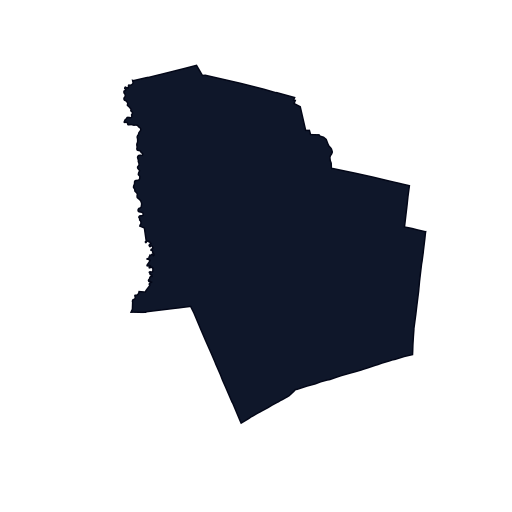 Vartoape, Teleorman, Romania (orthographic projection), rotated 200°
{"feature_id": "2599482B18216830560882", "entity_name": "Vartoape", "entity_type": "district", "adm_level": 2, "iso_a3": "ROU", "parent_name": "Romania", "parent_adm1": "Teleorman", "projection": "orthographic", "projection_center": [25.226, 44.2], "detail": "fine", "context": "isolated", "style": "filled", "palette": "ink", "viewbox_px": 512, "rotation_deg": 200, "n_neighbors": 0, "source": "geoboundaries", "source_scale": "gbopen_adm2", "svg_char_len": 6117}
<svg xmlns="http://www.w3.org/2000/svg" viewBox="0 0 512 512"><g transform="rotate(200 256 256)"><path d="M273.9,418.1L292.5,416.6L293.4,416.2L305.7,415.4L329.3,413.0L365.5,408.5L368.1,407.3L377.1,414.8L388.0,407.3L418.1,387.0L418.8,386.8L420.6,385.7L430.3,379.4L431.4,378.8L432.0,378.8L431.1,377.3L430.7,376.8L430.6,376.5L430.6,376.2L431.0,375.1L431.6,374.1L432.1,373.7L434.1,373.0L434.1,372.6L433.5,371.0L433.5,370.3L433.6,370.0L433.9,369.8L434.4,370.2L434.6,370.1L435.5,369.8L436.3,370.1L436.7,369.8L436.8,369.5L436.7,368.7L436.6,368.4L435.4,368.0L435.2,367.8L435.2,367.0L435.3,366.7L436.1,366.2L436.4,365.8L436.3,365.2L435.8,364.1L434.7,363.5L433.9,362.4L433.6,361.8L433.5,361.5L433.6,360.8L434.0,359.6L434.0,359.1L433.9,358.7L433.4,357.8L432.7,357.4L431.6,357.5L430.9,357.1L429.9,356.7L429.0,355.9L428.6,355.4L428.5,353.8L428.2,353.5L427.3,353.2L425.7,352.5L423.8,351.3L423.4,350.7L423.3,349.7L422.6,349.3L421.7,349.0L421.0,348.4L420.9,348.1L420.9,347.6L421.2,346.0L420.4,345.0L420.4,344.3L420.6,343.6L420.8,343.3L421.3,342.9L422.7,342.8L424.3,342.2L424.5,342.0L424.7,340.8L425.0,340.1L425.4,339.6L425.6,339.0L425.7,337.1L425.7,336.8L425.5,336.6L425.0,336.6L424.2,337.1L423.1,337.3L422.1,336.9L421.8,336.6L421.4,335.7L420.9,335.6L418.0,336.9L415.7,337.1L415.1,337.3L414.2,337.8L412.6,338.2L412.1,338.2L410.1,337.1L408.8,336.8L408.2,336.4L407.9,336.1L407.5,335.4L407.4,335.0L407.5,334.1L408.2,331.8L408.0,329.8L408.4,328.7L408.4,327.4L408.3,327.0L407.2,325.3L406.4,323.2L406.2,322.3L406.3,320.9L406.0,319.6L405.3,318.4L404.9,317.5L404.7,316.2L404.5,315.7L403.9,315.0L403.6,314.9L402.9,314.9L401.3,315.2L400.3,314.9L399.2,313.9L397.8,313.6L397.4,313.3L397.2,312.9L397.2,312.3L397.2,311.9L397.6,311.5L399.3,311.1L400.4,310.5L400.7,310.2L401.1,309.2L401.1,308.6L400.9,307.9L399.3,305.8L398.9,304.5L397.8,303.2L397.4,302.5L397.1,301.7L397.1,301.0L397.6,299.6L397.7,299.1L397.5,298.6L397.3,298.2L396.8,297.8L394.9,296.7L394.6,296.3L394.5,295.9L394.5,295.5L394.7,294.7L394.7,293.9L394.5,292.5L394.2,292.1L392.9,291.5L392.6,291.2L392.3,290.8L391.8,289.2L391.8,288.3L391.9,287.7L392.4,287.1L393.1,286.6L394.7,285.9L395.4,285.2L395.5,284.3L394.8,282.1L394.9,280.2L394.8,279.4L394.6,278.7L394.4,278.4L393.3,277.7L392.8,277.2L391.9,275.5L389.9,274.6L388.9,273.9L388.6,273.5L388.3,271.8L387.8,270.6L387.4,270.2L384.9,269.3L383.7,268.7L382.8,268.0L381.6,266.5L381.2,265.6L380.8,263.6L380.7,262.8L380.7,262.3L381.2,261.5L382.2,260.8L382.3,260.5L382.5,260.2L382.6,258.9L382.4,258.5L382.0,257.9L381.4,257.6L380.6,257.6L379.2,257.9L378.4,258.0L377.6,257.9L376.9,257.6L376.3,256.9L376.2,256.6L376.2,255.8L376.9,254.8L377.6,254.6L379.0,253.9L379.3,253.3L379.4,252.8L379.3,252.4L379.2,252.1L378.3,251.6L378.1,251.3L377.6,250.0L376.6,249.6L376.0,248.9L375.6,248.2L375.3,247.5L375.2,246.9L375.5,245.3L375.4,244.4L370.5,244.2L365.0,233.9L364.7,233.8L364.5,233.5L364.3,232.8L364.7,232.1L364.8,231.8L364.6,231.2L364.4,230.9L364.1,230.9L363.9,231.1L363.8,231.8L363.4,232.6L362.1,233.4L361.9,233.4L361.8,233.0L361.5,232.7L361.0,233.0L360.1,232.3L359.1,231.9L358.9,231.6L359.4,231.2L360.1,229.9L360.1,229.5L360.0,229.3L359.1,228.6L358.8,228.5L358.5,228.8L358.3,229.5L358.0,229.8L357.3,229.8L356.7,229.5L355.9,228.7L355.6,228.0L355.8,227.5L356.8,226.3L356.8,226.0L356.7,225.5L356.4,225.4L356.2,225.4L356.0,225.7L355.7,225.8L355.0,225.5L354.7,225.1L354.4,224.2L354.0,223.6L352.9,223.2L352.6,222.9L352.2,222.3L352.2,221.8L352.2,221.5L352.6,221.1L352.9,221.2L353.8,221.9L354.3,222.0L354.5,221.8L354.6,221.1L354.9,220.7L355.7,220.7L356.0,220.6L356.0,220.4L355.8,219.7L356.1,218.9L356.0,218.4L356.0,217.2L356.4,216.7L357.3,216.3L357.4,216.1L357.4,215.9L357.2,215.8L356.1,216.1L355.5,215.9L354.2,215.9L354.1,215.7L354.2,214.8L354.2,214.3L354.4,213.3L355.2,210.4L355.2,209.9L355.0,209.6L354.8,209.5L354.1,209.9L353.3,209.9L353.1,210.0L352.8,210.7L352.4,210.8L352.0,210.7L351.9,210.4L351.9,210.2L352.5,209.3L352.5,208.8L352.2,208.4L351.8,208.5L351.0,209.3L349.8,210.0L349.1,209.7L349.1,209.1L348.5,208.9L347.8,206.5L347.7,206.0L347.8,205.5L349.8,205.0L350.6,204.6L350.7,204.3L350.6,204.0L350.0,203.8L349.5,202.9L349.1,202.5L348.7,202.6L347.3,202.5L347.1,202.4L346.7,201.6L346.7,201.3L346.7,201.2L347.8,201.0L348.1,200.7L348.4,199.3L348.2,198.2L348.7,196.9L348.7,196.3L348.0,195.5L347.5,195.5L346.6,196.0L345.4,195.9L345.2,195.9L345.1,195.6L345.7,195.1L346.2,194.6L346.7,193.5L346.7,193.0L345.8,192.6L345.7,192.2L346.1,190.6L347.5,186.1L347.7,184.2L353.7,182.6L353.5,181.3L353.7,179.9L353.9,179.3L354.9,178.2L355.9,177.9L356.3,177.6L356.2,177.0L355.4,176.4L355.2,175.1L355.2,174.5L355.3,174.1L355.6,173.6L356.4,173.1L356.7,172.7L356.7,171.4L356.6,171.1L356.1,170.4L353.9,163.6L354.1,162.3L354.2,160.5L351.2,161.6L343.8,164.1L340.5,165.4L340.6,165.7L339.4,166.4L300.2,186.3L294.9,181.3L282.7,168.1L274.8,159.7L265.0,149.5L258.5,142.6L256.5,140.3L255.5,139.3L248.9,132.4L244.9,127.8L239.7,122.4L228.4,110.4L228.1,110.3L227.1,109.3L215.1,96.3L212.8,93.9L207.2,100.8L205.8,102.9L205.2,103.6L204.4,104.4L201.4,108.1L192.5,118.1L189.9,121.4L185.7,126.1L185.2,126.5L183.7,128.5L182.1,130.1L177.2,135.9L174.3,141.5L173.4,143.6L173.4,144.0L172.0,144.6L163.5,151.3L156.6,156.1L152.1,160.0L146.7,163.8L144.4,165.1L139.2,169.4L134.8,172.9L126.6,178.8L123.3,181.1L117.7,185.2L117.2,185.7L112.6,189.2L106.5,194.1L104.4,195.6L101.1,198.4L94.7,203.1L92.5,204.9L90.0,206.4L82.3,212.3L75.2,216.9L76.2,220.1L78.2,226.2L80.4,233.6L82.5,241.0L82.7,241.3L85.9,255.9L87.8,263.9L91.1,278.3L93.7,288.2L97.7,305.1L98.1,307.5L100.2,317.1L100.4,317.7L103.4,330.6L104.5,334.9L104.9,336.9L105.4,336.7L113.7,335.7L118.3,335.3L122.4,334.7L126.4,334.0L131.5,355.6L133.6,364.0L135.9,374.5L157.3,371.9L173.3,370.1L190.7,367.8L213.5,364.5L213.9,364.5L214.5,364.0L214.9,364.1L215.2,364.4L215.4,364.6L215.8,365.8L217.0,368.7L217.3,369.2L218.7,370.8L219.5,372.2L220.3,373.9L220.4,375.1L220.4,375.8L219.9,377.5L219.8,379.3L220.1,380.2L221.7,382.3L223.1,383.3L224.9,384.1L226.8,385.9L229.9,389.5L233.1,390.7L236.9,390.5L238.2,391.4L246.2,388.7L248.8,392.3L252.3,391.0L265.5,411.4L272.4,412.3L272.3,415.6L274.1,415.3L273.9,418.1Z" fill="#0f172a" stroke="#020617" stroke-width="1.5"/></g></svg>